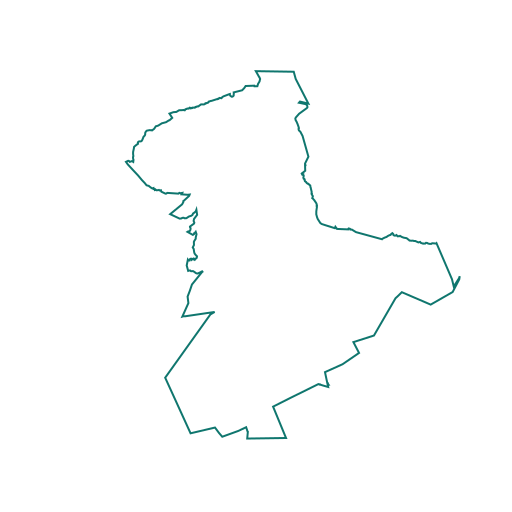 outline of Peñamiller, Querétaro, Mexico, rotated 55°
{"feature_id": "50627088B47051465612575", "entity_name": "Peñamiller", "entity_type": "district", "adm_level": 2, "iso_a3": "MEX", "parent_name": "Mexico", "parent_adm1": "Querétaro", "projection": "natural_earth1", "projection_center": [-99.898, 21.09], "detail": "fine", "context": "isolated", "style": "outline", "palette": "teal", "viewbox_px": 512, "rotation_deg": 55, "n_neighbors": 0, "source": "geoboundaries", "source_scale": "gbopen_adm2", "svg_char_len": 5926}
<svg xmlns="http://www.w3.org/2000/svg" viewBox="0 0 512 512"><g transform="rotate(55 256 256)"><path d="M104.5,150.1L111.6,150.8L111.7,150.7L113.4,151.1L114.2,152.1L115.0,152.9L116.2,155.6L117.7,157.5L116.1,159.9L115.5,159.7L110.8,167.0L111.7,169.3L112.3,172.3L109.2,180.4L109.8,180.6L110.5,181.4L111.5,182.0L111.9,182.6L112.0,183.2L111.8,184.3L111.5,184.6L110.0,185.1L109.0,185.0L108.3,184.5L108.1,185.1L106.6,191.0L106.5,192.2L106.6,192.9L106.9,193.5L106.9,193.9L106.0,194.7L105.5,195.4L105.8,196.6L105.3,197.2L105.4,197.7L105.1,198.0L103.4,203.5L102.9,204.4L102.7,205.6L102.4,206.1L102.4,206.3L102.7,206.7L102.8,207.1L102.9,207.5L102.8,207.8L102.0,209.5L102.3,209.6L102.0,211.7L100.3,214.0L100.3,216.3L100.4,217.4L99.9,218.0L99.8,218.7L99.6,218.9L99.5,219.1L99.6,219.4L99.2,220.1L99.4,220.4L99.3,220.6L99.4,220.9L99.2,221.2L99.1,221.6L98.5,222.2L98.3,222.5L98.1,222.8L98.0,223.2L98.2,223.5L98.0,223.9L97.6,224.1L97.4,224.3L97.5,224.6L97.6,224.9L97.3,225.3L96.9,225.4L96.5,225.4L96.5,225.9L96.5,226.9L96.1,227.3L95.8,227.7L95.7,228.0L95.8,228.6L95.4,229.3L95.3,229.7L95.5,230.2L95.8,230.7L95.5,231.2L94.8,231.6L94.2,232.8L92.5,235.4L92.3,238.6L90.8,241.2L89.7,245.2L94.8,245.4L95.2,249.0L95.0,249.3L94.9,250.1L94.8,252.9L93.3,257.0L93.1,261.2L92.8,262.3L92.4,263.3L92.3,263.7L92.4,264.0L92.9,265.2L93.4,266.5L93.5,268.8L93.5,269.2L92.9,269.5L92.6,270.0L92.4,270.4L92.0,270.8L91.8,271.1L90.9,273.1L90.7,273.6L90.8,274.4L91.3,275.7L91.6,276.1L92.9,277.1L93.5,278.0L93.8,279.7L94.6,280.9L95.6,282.4L96.2,283.8L96.1,284.5L95.6,285.3L95.1,286.0L95.0,286.6L95.0,287.1L95.5,287.9L96.4,288.3L96.4,290.2L96.5,291.8L96.7,293.3L98.0,294.5L100.3,297.0L101.7,298.0L102.7,298.6L103.8,299.1L104.4,300.0L106.1,301.0L107.0,301.2L108.5,302.6L107.1,303.2L106.5,305.4L105.2,305.6L104.7,306.1L104.3,308.5L107.4,308.5L114.8,307.5L122.4,306.4L124.8,306.2L128.4,305.9L132.3,305.3L135.3,305.1L137.1,303.6L138.0,303.4L140.7,302.5L141.2,302.0L141.5,301.0L142.4,301.5L143.1,300.5L144.0,301.0L144.4,300.0L145.1,299.8L146.1,298.1L146.2,297.6L147.4,297.1L147.6,296.2L149.1,296.6L153.0,294.4L153.4,293.7L153.4,292.5L160.4,283.8L160.3,282.6L161.1,282.1L162.0,280.2L162.8,281.6L166.7,276.8L167.6,275.1L168.4,276.3L169.3,283.0L169.3,284.0L170.2,284.7L171.3,286.9L172.5,302.3L181.6,297.1L182.4,295.7L182.5,294.5L183.2,293.3L184.2,292.8L185.1,291.3L185.2,288.2L185.9,286.0L185.9,284.5L185.1,283.2L185.1,281.6L184.9,279.8L183.9,278.3L188.5,280.6L190.1,285.5L191.5,287.0L193.3,287.4L193.9,288.2L194.0,293.2L194.3,293.4L194.8,293.6L195.7,293.6L196.9,294.7L197.5,295.7L197.3,296.6L197.3,297.1L196.9,297.7L196.9,298.3L202.5,295.6L202.5,294.2L201.9,293.7L202.0,292.8L201.6,291.5L204.0,292.2L206.2,294.7L207.3,295.5L208.2,297.8L208.8,298.8L211.4,300.5L212.7,302.9L214.5,303.0L217.5,304.5L218.8,304.9L220.7,304.8L222.4,304.5L223.4,305.5L223.7,306.2L223.5,306.9L223.9,308.1L223.5,308.1L223.5,308.8L223.1,309.0L222.6,308.3L222.2,308.6L222.2,310.4L221.8,310.0L220.9,310.7L220.7,311.9L221.4,312.7L221.4,313.4L220.9,313.9L219.9,313.9L224.0,318.2L229.3,320.1L229.6,319.1L230.0,318.3L231.1,318.0L231.7,317.2L232.2,316.3L233.9,315.5L235.2,315.2L236.1,314.7L236.9,313.8L237.1,312.6L237.5,310.6L237.5,309.7L237.7,308.9L238.2,308.9L238.2,309.4L242.6,324.8L246.5,330.1L250.0,335.3L255.8,338.4L263.4,351.1L263.8,349.9L264.7,348.7L278.1,322.0L277.7,326.9L303.6,400.2L323.7,403.9L363.7,411.3L373.0,388.0L379.8,387.8L384.7,387.3L389.1,371.0L390.6,362.3L395.0,363.6L395.3,363.5L400.5,367.9L422.3,335.8L389.2,328.4L391.9,309.7L396.7,278.4L396.9,278.2L396.9,278.3L397.6,277.8L397.5,277.7L400.4,275.5L404.7,272.0L402.5,271.1L403.0,270.4L402.8,270.4L402.5,270.6L402.0,270.9L401.8,270.8L401.9,270.7L401.7,270.3L401.5,270.1L400.8,270.4L390.7,266.1L394.3,247.2L394.5,227.2L382.4,225.6L388.8,205.0L370.6,165.9L370.3,163.4L369.3,157.3L396.0,140.8L398.3,115.6L391.7,102.9L389.4,100.7L390.7,102.5L394.4,111.5L387.5,108.8L349.0,100.8L349.1,101.4L348.1,102.5L346.6,104.4L346.6,105.5L345.4,107.1L344.3,108.0L343.5,108.3L342.7,109.2L342.9,110.2L342.4,111.0L342.0,111.3L341.8,112.0L340.9,112.6L339.9,113.4L338.6,113.5L338.0,115.2L335.1,116.9L334.2,118.1L333.5,118.6L332.5,120.1L331.4,121.4L330.8,121.5L327.8,122.4L325.8,124.4L324.1,125.6L322.1,126.5L321.9,127.6L321.3,128.1L321.1,128.7L320.7,128.8L319.5,128.9L319.4,128.9L319.3,130.0L318.8,130.8L317.8,131.4L316.7,131.0L315.5,131.2L315.5,132.5L315.9,133.7L315.5,134.7L315.2,136.8L315.3,138.2L314.9,139.3L314.5,141.5L314.4,143.0L314.5,143.2L293.8,160.4L289.4,162.3L288.5,163.5L288.1,163.3L287.7,163.4L287.2,163.8L286.6,164.2L286.6,164.5L287.1,165.2L280.3,174.1L277.6,174.2L278.4,175.5L267.7,183.7L266.5,184.2L265.8,184.4L261.0,184.2L259.1,183.7L256.4,182.7L253.9,180.9L250.6,177.8L249.8,177.7L249.6,177.1L247.7,176.4L246.6,176.3L244.4,176.3L244.1,176.2L243.4,176.3L242.5,176.4L241.3,176.5L240.9,176.7L240.2,175.8L240.1,175.7L239.6,175.1L239.0,175.1L237.0,174.9L236.9,174.4L236.2,174.2L235.4,173.7L235.2,173.5L234.6,173.3L232.1,172.3L231.5,172.0L230.8,171.9L229.6,171.2L229.2,171.1L228.9,171.3L228.3,171.5L227.9,171.5L227.6,171.6L227.2,171.6L226.9,171.7L226.7,171.8L226.8,172.0L226.6,172.1L226.1,172.2L226.0,172.3L225.7,172.5L225.1,172.6L224.6,172.6L224.4,172.5L224.1,172.5L223.8,172.7L223.5,172.8L223.1,172.9L222.9,172.9L222.7,173.0L222.1,172.8L221.6,172.4L221.2,172.5L220.7,172.2L220.4,172.4L220.0,172.6L219.0,172.3L218.2,171.4L217.3,170.7L217.0,170.9L216.4,170.8L215.8,171.1L215.8,171.4L214.7,171.3L214.6,170.8L214.9,169.8L214.6,169.8L214.4,166.8L210.0,163.9L210.2,163.6L210.0,163.3L209.8,163.3L209.5,163.5L208.4,162.8L204.7,156.1L184.4,149.0L179.7,148.4L177.7,148.8L176.3,148.3L175.9,147.5L175.2,147.3L174.4,147.0L172.2,146.4L171.5,146.2L170.4,146.0L169.6,145.8L168.6,145.7L167.4,145.6L165.9,144.9L165.4,144.0L165.1,142.8L164.2,139.1L164.0,129.5L163.8,128.8L163.5,128.4L162.6,128.0L161.9,127.8L161.1,127.9L160.2,128.1L155.1,132.9L154.7,131.4L161.2,125.7L133.7,121.9L126.7,119.4L104.5,150.1Z" fill="none" stroke="#0f766e" stroke-width="2"/></g></svg>